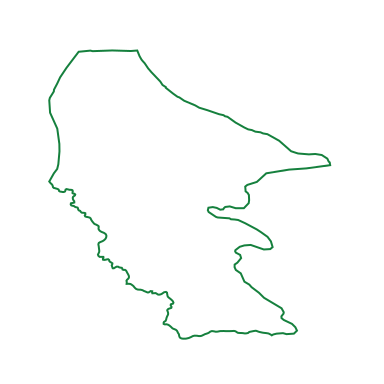 Yepocapa, Chimaltenango, Guatemala (Equal Earth projection), rotated 263°
{"feature_id": "79465075B24340573402590", "entity_name": "Yepocapa", "entity_type": "district", "adm_level": 2, "iso_a3": "GTM", "parent_name": "Guatemala", "parent_adm1": "Chimaltenango", "projection": "equal_earth", "projection_center": [-91.028, 14.45], "detail": "fine", "context": "isolated", "style": "outline", "palette": "green", "viewbox_px": 384, "rotation_deg": 263, "n_neighbors": 0, "source": "geoboundaries", "source_scale": "gbopen_adm2", "svg_char_len": 5327}
<svg xmlns="http://www.w3.org/2000/svg" viewBox="0 0 384 384"><g transform="rotate(263 192 192)"><path d="M134.6,101.5L133.6,101.5L132.7,102.1L131.9,103.2L130.9,104.3L129.8,104.0L129.1,103.4L127.9,103.6L126.8,103.8L126.0,104.0L125.8,105.1L126.4,106.4L126.8,107.3L127.1,108.3L126.8,109.7L126.1,110.5L125.7,111.6L125.3,113.1L124.4,113.5L123.5,113.6L123.0,114.7L122.9,116.0L122.0,117.0L121.0,117.4L120.2,117.7L119.1,118.1L118.0,118.6L116.4,119.1L115.6,119.1L114.6,118.9L113.6,118.0L112.8,116.8L111.8,116.1L110.7,116.3L109.7,116.1L108.8,115.9L108.7,117.1L108.6,118.1L108.2,119.7L107.7,120.4L106.9,121.3L105.8,122.4L104.6,123.1L103.6,123.8L102.6,124.7L101.8,126.2L101.5,127.7L101.4,128.7L100.8,130.4L100.4,131.2L99.7,132.1L99.3,132.8L98.8,133.8L98.2,134.7L97.6,136.0L97.7,136.9L98.2,138.0L98.7,138.8L98.3,140.4L97.2,140.1L96.3,140.3L96.2,141.8L96.1,143.6L95.2,144.8L94.5,145.5L94.1,146.7L94.2,148.3L94.5,149.4L95.0,150.4L95.9,152.1L96.0,154.0L95.2,154.9L94.1,154.9L93.2,155.0L92.2,155.0L91.2,155.2L90.3,155.8L89.6,156.5L88.6,157.5L87.6,158.4L86.5,159.3L85.6,159.8L84.4,160.1L83.5,159.5L83.3,158.3L83.1,157.3L82.3,157.0L81.4,157.3L80.4,157.7L79.5,157.3L79.2,155.9L79.0,154.9L78.7,154.0L77.7,153.0L76.7,153.2L75.5,153.5L74.2,153.5L73.3,153.3L72.4,152.7L71.5,152.1L70.4,151.5L69.7,151.2L68.5,150.8L67.2,150.0L66.9,149.2L66.4,148.3L65.7,147.9L64.5,147.8L63.9,148.9L63.8,150.7L63.1,152.2L62.4,153.1L61.8,153.7L60.6,154.8L59.3,155.8L58.7,156.5L57.9,158.0L57.2,159.2L56.2,160.1L55.0,160.6L54.1,160.8L53.2,161.3L52.3,161.7L51.2,161.7L49.8,161.9L48.7,162.5L48.0,163.6L47.7,164.4L47.4,165.9L47.3,167.0L47.2,168.1L47.3,169.4L47.5,171.1L47.8,172.1L48.1,173.2L48.6,174.5L48.9,175.3L49.1,177.1L48.9,178.2L48.7,179.5L48.2,181.1L48.0,182.8L48.1,184.0L48.6,185.5L49.4,187.8L49.5,188.6L49.7,189.5L49.9,190.5L50.4,191.8L51.1,192.9L51.5,194.4L51.4,195.5L50.9,197.2L50.4,198.6L50.3,200.6L50.4,201.5L50.5,203.0L50.4,204.1L50.3,205.0L50.2,206.2L50.0,207.4L49.7,209.1L49.5,211.1L49.3,212.4L49.2,213.9L49.1,215.0L49.0,216.7L48.7,217.7L47.9,218.9L47.2,219.6L46.6,220.5L46.4,221.5L46.1,223.1L45.9,224.6L45.6,225.8L45.3,226.7L45.1,228.1L45.1,229.2L45.3,230.6L46.1,231.8L46.2,232.7L46.3,234.0L46.4,235.3L46.5,236.7L46.5,238.5L45.9,239.8L45.5,240.5L44.8,242.0L44.4,243.2L43.9,244.6L43.6,245.6L43.3,246.8L43.0,248.1L42.5,249.9L42.2,250.8L41.4,252.0L40.7,253.0L40.0,253.7L40.7,255.3L41.1,258.7L40.8,265.1L39.4,268.5L39.0,275.9L41.6,279.3L45.2,278.1L48.9,275.2L53.8,267.5L55.9,265.5L57.7,265.6L60.1,268.0L61.5,268.4L65.7,266.7L78.2,250.6L83.8,246.2L90.3,239.5L93.1,237.6L96.6,233.1L105.3,230.5L109.3,226.0L112.2,225.1L114.8,225.5L116.3,228.4L120.4,232.7L123.7,232.1L126.5,228.1L127.9,227.6L129.0,228.0L131.8,232.7L132.6,237.4L132.3,243.8L126.2,256.3L125.8,262.7L127.5,265.3L133.4,264.3L138.3,261.5L143.8,255.5L147.0,251.7L154.5,241.0L158.6,234.4L159.5,231.0L160.2,227.3L161.3,226.0L163.6,214.3L164.4,212.7L170.1,206.1L172.0,205.5L174.4,206.4L174.5,210.8L173.2,214.6L171.0,217.9L171.0,220.9L171.6,221.3L172.4,222.1L173.1,223.2L173.1,227.7L170.6,233.4L169.6,241.5L174.0,246.9L176.9,247.7L182.1,248.1L184.3,247.1L186.1,245.3L190.9,245.5L192.3,247.8L194.1,257.6L201.5,268.0L202.4,291.1L201.5,308.3L201.8,332.4L204.6,332.3L205.5,331.4L208.6,330.4L212.9,325.3L214.7,319.0L215.1,312.6L217.3,302.0L218.1,300.2L220.4,295.3L232.2,284.8L240.2,273.9L241.5,269.6L242.9,267.3L244.2,262.2L246.2,258.9L247.3,255.4L249.7,251.7L255.6,243.7L262.3,236.4L263.2,233.9L264.4,232.7L265.9,228.4L271.3,217.3L274.8,209.4L277.6,205.7L283.5,195.4L287.4,191.0L288.3,189.2L292.0,185.2L298.6,178.7L299.3,178.8L301.8,175.8L305.5,174.0L316.0,166.2L319.2,164.1L319.9,163.6L325.6,160.7L328.0,159.0L329.6,158.0L333.2,156.5L339.1,154.9L339.4,148.4L342.2,130.1L343.9,110.5L344.7,108.4L345.0,96.6L330.7,82.7L321.9,75.1L316.0,71.4L310.4,67.5L308.6,67.1L302.8,62.4L300.4,61.5L288.0,60.8L271.3,66.0L255.9,66.2L248.4,65.4L235.8,62.7L231.3,61.0L227.4,57.2L219.8,51.6L217.7,52.9L216.9,53.7L215.8,54.3L215.0,54.5L213.8,54.6L212.9,55.3L212.5,56.4L212.0,57.5L211.7,58.3L210.9,59.7L210.1,60.1L209.2,60.2L208.5,61.1L208.2,62.3L207.8,63.5L207.6,64.7L208.0,66.0L209.0,66.6L209.8,66.8L210.2,67.8L209.7,69.2L209.1,70.7L209.0,71.7L208.8,72.6L208.4,73.5L207.4,73.8L206.5,73.4L205.4,73.3L204.8,74.2L204.6,75.1L203.8,75.8L202.9,75.4L202.3,74.3L201.6,73.3L201.0,73.0L200.3,72.9L199.1,73.0L198.0,73.5L197.2,74.0L195.9,73.9L195.7,72.7L195.7,71.8L195.5,70.4L194.4,70.1L193.5,70.5L193.0,71.4L192.8,72.2L192.4,73.2L191.7,73.8L191.0,75.0L190.8,75.8L190.4,76.6L189.4,76.9L188.4,76.9L187.5,77.5L186.9,78.7L186.0,79.1L185.0,79.9L184.7,81.0L184.5,82.3L184.0,83.5L182.9,83.5L181.8,82.7L180.8,83.0L180.2,84.1L180.0,84.9L179.4,86.5L179.0,87.4L178.1,88.2L177.2,88.4L176.2,88.8L175.0,89.4L173.9,90.1L173.3,90.5L172.6,90.9L171.8,91.9L171.4,92.7L170.8,93.6L169.7,95.0L168.8,95.2L167.4,94.8L166.4,94.8L165.6,95.2L164.9,95.6L164.2,96.3L163.4,97.4L162.8,98.5L162.2,99.6L161.6,100.3L160.6,101.3L159.3,101.7L158.4,101.6L157.7,101.4L156.6,100.8L155.9,100.2L155.0,99.0L154.6,98.3L154.2,97.4L153.9,96.5L153.6,95.3L153.2,94.1L152.8,93.3L151.6,92.7L150.7,92.7L149.8,92.8L147.6,92.8L146.1,92.8L145.1,92.8L143.9,92.6L143.0,92.1L142.1,91.5L141.2,91.0L139.9,91.4L138.9,92.4L138.7,93.9L138.6,94.9L138.4,96.1L137.5,96.1L136.6,95.4L135.7,95.4L135.3,96.5L135.3,97.9L135.5,99.5L135.5,100.6L134.6,101.5Z" fill="none" stroke="#15803d" stroke-width="2"/></g></svg>